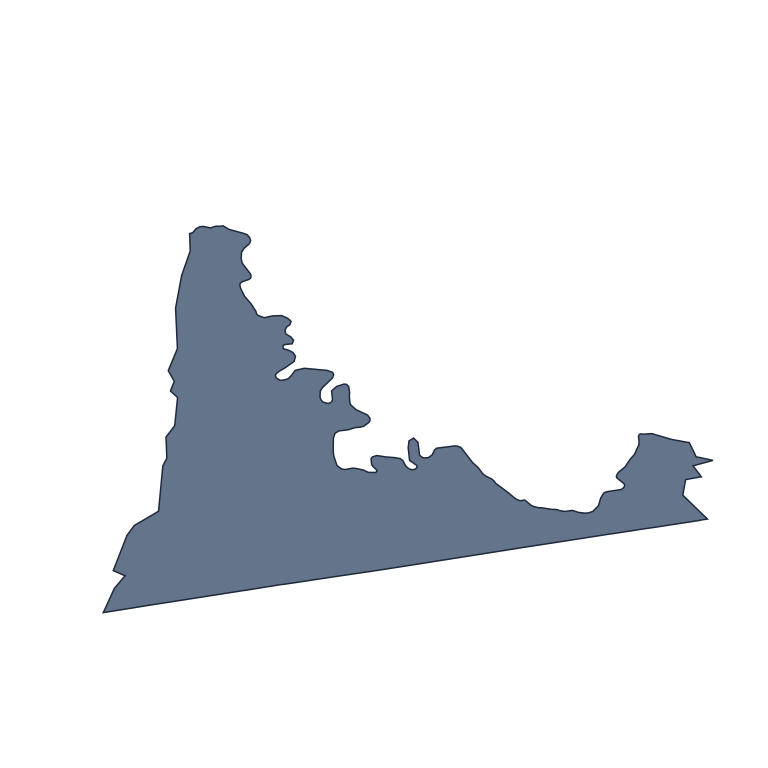 the district of Washington, Maryland, United States of America, rotated 171°
{"feature_id": "52423323B42185126778068", "entity_name": "Washington", "entity_type": "district", "adm_level": 2, "iso_a3": "USA", "parent_name": "United States of America", "parent_adm1": "Maryland", "projection": "orthographic", "projection_center": [-77.915, 39.521], "detail": "fine", "context": "isolated", "style": "filled", "palette": "slate", "viewbox_px": 768, "rotation_deg": 171, "n_neighbors": 0, "source": "geoboundaries", "source_scale": "gbopen_adm2", "svg_char_len": 3338}
<svg xmlns="http://www.w3.org/2000/svg" viewBox="0 0 768 768"><g transform="rotate(171 384 384)"><path d="M91.6,278.4L93.0,278.8L106.2,283.4L109.6,284.7L127.2,293.1L135.5,293.9L138.5,294.6L139.8,294.2L141.0,292.1L141.0,287.7L141.8,284.1L147.6,275.3L152.7,271.1L158.8,264.5L166.1,260.2L167.9,258.3L169.0,256.3L168.8,254.9L162.4,247.8L162.3,245.6L163.4,244.2L166.4,242.6L180.8,242.8L183.5,242.2L184.8,241.1L187.9,237.3L190.9,230.9L191.8,229.8L197.7,225.5L201.9,224.7L205.6,225.0L212.1,226.8L217.7,229.7L225.1,229.8L230.9,231.7L232.7,232.9L238.8,234.2L247.3,237.0L250.1,237.4L254.3,239.1L257.6,241.0L262.6,246.9L263.5,247.4L267.9,247.4L271.3,249.5L273.3,251.5L277.2,256.0L277.7,256.6L289.1,268.3L290.5,270.9L292.1,273.0L293.5,274.0L298.3,277.5L300.3,279.7L304.4,287.2L308.8,292.5L309.8,294.4L317.5,308.5L318.5,309.6L320.8,311.0L323.8,311.8L331.5,312.0L342.0,312.4L344.3,311.0L347.7,306.3L352.0,304.3L357.0,304.9L360.0,308.0L359.6,321.0L363.2,326.0L368.2,323.9L370.1,317.2L370.7,304.5L364.3,298.4L364.4,296.6L366.2,295.1L369.3,294.8L372.5,296.2L375.4,299.6L377.3,305.3L379.6,307.8L385.3,309.7L393.2,311.6L401.2,314.1L402.3,314.5L406.8,313.8L408.5,312.2L408.8,306.6L408.2,304.9L404.7,300.1L404.7,299.0L406.0,297.9L413.3,299.2L417.5,302.1L425.1,305.1L428.2,305.8L435.7,305.6L439.0,306.6L442.1,309.5L443.3,311.2L444.8,320.4L444.8,323.8L444.1,329.3L442.4,338.6L441.3,340.6L440.2,342.8L436.1,344.7L426.5,344.4L419.6,345.4L414.7,345.1L410.7,345.4L405.3,348.2L404.0,349.3L403.5,350.4L403.3,352.3L405.1,355.9L415.5,362.9L419.9,368.3L420.5,370.0L420.6,371.5L420.1,377.5L419.3,380.7L419.3,387.1L420.2,388.3L421.1,389.5L423.5,390.2L431.1,389.0L436.9,385.4L437.3,376.6L438.3,374.9L439.8,373.9L442.2,373.5L446.7,375.5L447.9,376.6L449.1,379.6L449.2,381.3L448.1,386.9L445.4,390.0L434.1,397.9L432.2,401.1L432.5,401.9L433.0,403.6L438.3,406.4L447.9,408.8L448.4,409.0L460.3,412.0L469.7,411.3L473.7,407.3L476.7,404.9L478.7,404.0L483.7,403.6L486.1,403.9L489.6,407.0L489.9,409.5L488.9,411.0L485.6,412.9L478.8,415.6L469.2,420.4L467.1,425.2L468.9,429.3L473.1,432.4L477.8,434.6L478.1,436.5L477.1,438.2L474.5,438.4L468.3,438.1L466.5,441.4L468.5,444.9L473.2,448.9L473.4,452.9L470.8,455.8L467.6,457.3L466.0,460.5L469.0,464.1L474.4,467.6L483.5,468.7L491.6,468.2L494.8,469.7L497.7,471.6L498.8,472.9L499.1,475.7L502.8,484.1L508.0,492.5L510.6,500.7L510.9,503.4L510.7,505.2L509.4,506.6L507.5,507.3L501.2,508.4L499.5,509.2L498.7,510.3L498.4,512.6L498.8,513.8L505.2,525.7L505.4,530.5L504.0,536.6L500.8,540.0L495.0,543.6L493.3,546.3L493.9,549.9L495.8,552.8L499.0,554.7L513.0,561.0L518.0,565.3L522.6,565.6L525.2,566.2L530.9,565.3L538.1,568.0L541.3,568.1L545.4,566.8L549.2,563.4L552.4,563.0L554.6,545.7L567.0,522.6L578.0,491.5L582.5,451.3L595.0,430.9L590.7,419.5L596.0,410.5L590.0,403.0L597.2,375.6L607.6,365.7L610.1,344.7L615.2,337.9L626.6,293.6L652.8,283.3L661.6,274.6L680.6,242.0L669.7,235.1L682.2,224.4L697.0,202.1L696.9,202.1L651.9,202.2L651.0,202.2L556.8,202.0L554.8,202.0L553.2,201.9L518.5,202.0L512.6,201.8L505.2,201.7L487.4,201.6L472.8,201.5L472.4,201.5L413.2,200.9L273.9,200.8L272.5,200.8L256.3,200.7L183.6,200.5L182.5,200.4L157.4,200.3L155.5,200.3L137.4,200.1L94.2,199.9L89.7,200.1L88.0,200.0L87.3,200.0L85.9,200.0L85.7,200.0L106.3,227.5L101.0,242.4L85.1,242.7L91.6,254.8L71.0,257.1L87.1,263.3L91.6,278.4Z" fill="#64748b" stroke="#1e293b" stroke-width="1.5"/></g></svg>